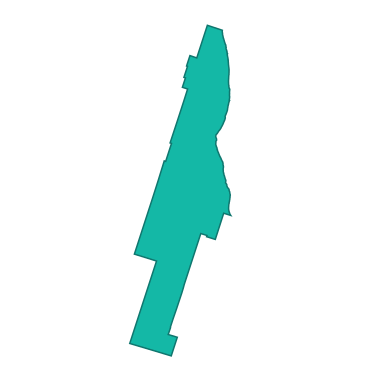 outline of Dundas, Western Australia, Australia, rotated 288°
{"feature_id": "25037944B97036074912579", "entity_name": "Dundas", "entity_type": "district", "adm_level": 2, "iso_a3": "AUS", "parent_name": "Australia", "parent_adm1": "Western Australia", "projection": "equal_earth", "projection_center": [126.268, -32.126], "detail": "fine", "context": "isolated", "style": "filled", "palette": "teal", "viewbox_px": 384, "rotation_deg": 288, "n_neighbors": 0, "source": "geoboundaries", "source_scale": "gbopen_adm2", "svg_char_len": 5643}
<svg xmlns="http://www.w3.org/2000/svg" viewBox="0 0 384 384"><g transform="rotate(288 192 192)"><path d="M355.3,155.1L321.0,155.1L321.1,147.9L310.1,147.9L310.1,148.9L298.5,148.9L298.5,150.5L288.6,150.5L288.6,156.0L275.9,156.1L254.7,156.1L231.9,156.0L231.9,157.5L213.0,157.5L213.0,156.0L192.2,156.3L173.6,156.4L137.2,156.4L115.1,156.4L115.4,179.6L72.6,179.6L47.4,179.6L28.7,179.6L29.7,222.9L49.3,222.9L49.1,213.4L56.4,213.5L56.9,213.2L65.3,213.2L76.6,213.4L92.7,213.5L98.0,213.4L101.5,213.2L155.2,213.2L155.3,219.7L154.0,219.7L154.1,228.8L181.6,228.7L181.7,236.1L182.6,235.0L183.5,234.3L183.7,234.2L185.0,233.2L186.8,232.2L187.1,232.1L188.2,231.7L189.8,231.3L190.5,231.1L191.9,230.8L192.2,230.8L192.8,230.8L193.3,230.6L193.6,230.6L194.6,230.5L195.0,230.5L195.5,230.3L196.2,230.3L198.0,229.9L198.9,229.8L199.7,229.5L200.7,229.4L200.8,229.3L201.0,229.3L201.6,229.0L202.1,228.6L202.3,228.5L202.7,228.3L203.6,227.9L204.1,227.6L204.4,227.2L204.7,227.0L205.0,226.8L205.6,226.6L206.2,226.1L206.4,225.9L206.7,225.3L206.8,225.2L207.4,224.3L207.6,224.1L207.9,223.8L208.3,223.6L208.5,223.3L209.2,223.0L209.5,222.9L209.8,222.8L210.0,222.5L210.3,222.3L210.6,221.7L211.0,221.1L211.4,221.1L211.5,221.0L211.9,221.0L212.5,220.8L213.2,220.7L213.7,220.5L213.8,220.3L214.0,220.2L214.3,220.0L214.4,219.8L214.7,219.6L215.0,219.4L215.4,219.0L216.0,218.8L216.1,218.7L216.4,218.4L216.5,218.4L216.9,218.1L217.2,218.0L217.5,217.7L217.8,217.4L218.1,217.2L218.3,217.0L218.6,216.9L219.1,216.7L219.3,216.4L219.5,216.4L220.1,216.1L220.6,215.7L221.4,215.3L221.8,215.2L222.4,215.0L222.6,214.9L222.8,214.8L223.1,214.7L223.4,214.5L224.1,214.4L225.1,214.3L225.6,214.1L225.9,214.1L226.3,213.8L227.1,213.5L227.2,213.4L227.3,213.2L227.5,213.0L228.4,212.8L228.7,212.7L229.2,212.5L229.4,212.2L229.5,212.1L229.9,212.0L230.2,211.8L230.4,211.6L231.0,210.8L231.5,210.4L231.7,210.2L231.9,210.0L232.2,209.7L232.6,209.4L233.0,209.2L233.2,208.9L233.6,208.4L234.0,208.2L234.2,207.8L234.5,207.4L235.3,206.9L235.4,206.7L235.7,206.4L236.1,206.2L236.3,205.9L236.6,205.7L236.8,205.5L237.2,205.3L237.4,205.0L237.8,204.8L238.2,204.3L238.8,203.9L238.9,203.7L239.3,203.5L239.5,203.3L239.7,203.1L240.0,203.1L240.2,202.7L240.3,202.7L241.0,202.4L241.5,202.3L241.7,202.0L242.5,201.3L242.7,201.1L243.0,201.1L243.2,200.9L243.4,200.6L243.9,200.4L244.4,200.0L244.7,199.8L245.1,199.8L245.4,199.6L245.7,199.6L246.4,199.4L246.6,199.4L247.0,199.3L247.3,199.1L247.5,199.0L248.2,199.2L248.5,199.3L248.8,199.4L249.1,199.3L249.4,199.2L250.3,198.8L250.7,198.4L250.8,198.3L251.2,198.0L251.4,197.9L251.7,197.6L252.0,197.5L252.3,197.4L253.5,197.2L253.8,197.2L254.4,197.4L254.6,197.5L254.9,197.7L255.4,197.9L255.7,197.9L256.2,198.1L257.4,198.4L258.2,198.6L258.6,198.7L259.1,199.0L260.0,199.3L260.6,199.5L261.4,199.7L261.8,199.8L262.0,199.8L262.7,199.9L263.0,199.9L263.6,200.1L266.1,200.5L266.9,200.5L267.1,200.6L267.8,200.5L268.4,200.7L269.5,200.7L269.6,200.8L269.9,200.8L270.5,200.9L271.2,200.9L271.4,200.8L271.8,200.8L272.0,200.8L272.3,200.8L272.7,200.8L273.4,200.5L273.5,200.4L273.8,200.2L274.1,200.1L274.4,200.2L275.2,200.1L275.3,200.2L275.7,200.2L275.8,200.2L276.7,200.3L276.9,200.4L277.2,200.4L277.3,200.3L277.7,200.3L278.5,200.4L279.0,200.4L280.2,200.4L280.6,200.4L280.8,200.4L281.3,200.3L282.2,200.1L282.9,200.0L283.6,199.9L283.9,199.9L284.4,199.7L284.6,199.7L284.9,199.7L285.4,199.7L285.6,199.6L286.2,199.6L286.7,199.5L286.9,199.6L287.1,199.5L288.3,199.4L288.5,199.3L288.8,199.4L289.0,199.4L289.5,199.3L290.1,199.4L290.5,199.3L290.6,199.2L290.7,199.3L290.8,199.1L291.0,199.0L291.8,198.9L292.0,198.9L292.3,198.8L292.8,198.7L293.0,198.7L294.2,198.4L294.5,198.3L294.8,198.0L295.0,198.0L295.1,197.9L295.8,197.7L296.0,197.7L296.3,197.5L296.8,197.4L297.1,197.3L297.4,197.3L298.0,197.0L298.4,196.9L298.8,196.7L299.2,196.7L299.3,196.6L299.8,196.5L300.1,196.5L300.5,196.4L301.0,196.3L301.5,196.1L301.6,195.9L301.9,195.7L302.0,195.4L302.3,195.2L303.0,194.9L303.6,194.5L303.9,194.4L304.0,194.3L304.4,194.2L304.9,194.1L305.0,193.9L305.5,193.6L307.5,192.9L308.0,192.6L308.4,192.6L309.1,192.3L309.5,192.2L309.8,192.2L310.1,192.1L310.6,191.9L310.8,191.8L311.0,191.8L311.3,191.8L311.8,191.6L312.6,191.4L312.9,191.3L313.2,191.2L313.4,191.2L313.8,191.0L314.1,191.0L314.3,191.0L314.5,190.9L315.1,190.9L315.3,190.8L315.6,190.7L316.0,190.6L316.5,190.4L317.5,190.2L317.8,190.1L318.0,190.0L318.5,189.8L319.0,189.7L319.3,189.6L319.5,189.6L319.9,189.3L320.1,189.3L320.2,189.2L320.6,189.1L321.1,188.9L321.3,188.7L321.8,188.6L322.3,188.3L323.0,188.0L323.7,187.7L324.0,187.5L324.4,187.3L324.6,187.3L325.1,187.1L325.3,187.0L325.5,186.9L325.8,186.8L326.2,186.6L326.4,186.6L326.9,186.3L327.3,186.2L327.5,186.1L327.9,186.0L327.9,185.9L328.5,185.6L328.9,185.6L329.1,185.3L329.2,185.2L329.4,185.2L329.6,185.1L330.1,185.0L330.3,184.8L330.5,184.7L330.8,184.6L331.8,184.0L332.2,183.8L332.8,183.5L333.0,183.3L333.3,183.3L333.6,183.0L334.0,183.0L334.4,182.8L334.5,182.9L334.6,182.7L334.8,182.7L335.3,182.4L335.6,182.1L335.8,182.1L336.0,181.9L336.3,181.9L336.7,181.8L336.7,181.5L336.9,181.3L337.1,181.3L337.7,181.0L337.9,180.9L338.3,180.5L338.4,180.3L338.8,180.1L339.1,180.0L339.5,179.9L340.2,179.8L340.2,179.7L340.3,179.5L340.4,179.4L340.7,179.3L340.9,179.2L341.2,179.1L341.5,179.0L341.9,178.9L342.1,178.8L342.3,178.6L342.5,178.5L342.6,178.3L342.7,178.1L343.0,177.8L343.5,177.6L344.0,177.2L344.4,176.8L344.8,176.6L345.6,176.0L345.9,175.8L346.2,175.7L346.9,175.1L347.4,174.9L347.6,174.7L347.9,174.3L348.5,174.1L348.8,173.8L349.4,173.5L349.7,173.4L350.0,173.2L350.4,172.9L351.3,172.3L351.7,172.3L351.9,172.1L352.3,172.0L352.6,171.8L353.2,171.6L353.4,171.4L353.8,171.2L355.2,170.9L355.3,155.1Z" fill="#14b8a6" stroke="#0f766e" stroke-width="1.5"/></g></svg>